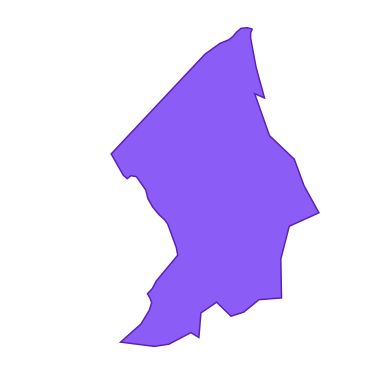 the Municipality of Dundagas, rotated 342°
{"feature_id": "LVA-5721", "entity_name": "Dundagas", "entity_type": "Municipality", "adm_level": 1, "iso_a3": "LVA", "parent_name": "Latvia", "parent_adm1": "", "projection": "orthographic", "projection_center": [22.37, 57.579], "detail": "fine", "context": "isolated", "style": "filled", "palette": "violet", "viewbox_px": 384, "rotation_deg": 342, "n_neighbors": 0, "source": "natural_earth", "source_scale": "10m", "svg_char_len": 782}
<svg xmlns="http://www.w3.org/2000/svg" viewBox="0 0 384 384"><g transform="rotate(342 192 192)"><path d="M126.9,130.8L247.0,64.9L264.5,59.3L274.0,58.6L278.7,56.9L283.8,53.7L289.2,51.5L295.2,52.8L299.4,55.4L299.3,56.3L297.2,58.2L295.3,63.8L291.5,93.1L290.0,125.0L282.0,117.9L283.1,162.3L299.4,192.4L300.5,220.8L306.3,251.0L273.9,254.6L255.8,283.1L244.4,320.4L222.4,315.1L204.2,322.2L190.8,322.2L181.3,304.4L163.1,309.8L153.6,332.5L147.5,325.4L123.0,329.6L108.5,327.2L77.7,312.7L102.8,301.7L114.9,291.2L119.4,284.9L119.3,280.3L118.2,275.0L124.5,271.5L130.4,265.7L158.9,247.7L159.9,239.8L159.0,215.1L157.5,210.2L153.6,203.3L150.0,194.2L148.0,184.7L148.7,175.9L143.9,160.3L139.0,157.6L134.5,159.3L131.8,154.7L126.9,130.8Z" fill="#8b5cf6" stroke="#5b21b6" stroke-width="1.5"/></g></svg>